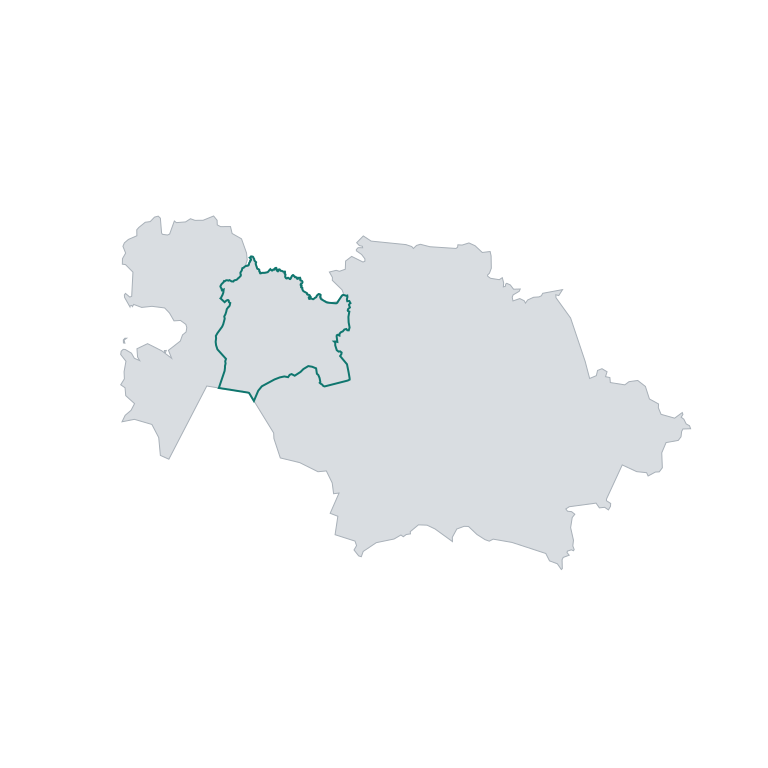 Aqtöbe highlighted on a map of Kazakhstan, rotated 26°
{"feature_id": "KAZ-3195", "entity_name": "Aqtöbe", "entity_type": "Region", "adm_level": 1, "iso_a3": "KAZ", "parent_name": "Kazakhstan", "parent_adm1": "", "projection": "albers", "projection_center": [57.897, 48.229], "detail": "fine", "context": "in_parent", "style": "outline", "palette": "teal", "viewbox_px": 768, "rotation_deg": 26, "n_neighbors": 0, "source": "natural_earth", "source_scale": "10m", "svg_char_len": 8810}
<svg xmlns="http://www.w3.org/2000/svg" viewBox="0 0 768 768"><g transform="rotate(26 384 384)"><path d="M473.5,507.1L470.0,509.5L468.3,512.8L465.4,512.3L461.0,518.9L446.6,530.0L438.7,543.6L439.3,549.2L436.6,549.6L429.8,546.3L430.2,541.3L426.8,537.9L406.1,540.9L400.5,523.1L392.3,523.8L391.4,501.7L386.8,504.7L380.8,495.6L370.3,487.4L363.1,491.8L342.8,491.6L323.2,495.9L309.0,481.3L306.3,476.4L266.6,451.2L225.6,463.5L223.6,545.9L214.3,546.2L205.0,530.9L193.1,522.1L175.1,525.2L165.1,532.8L165.1,525.6L168.2,518.5L168.4,511.0L157.0,507.7L152.9,500.9L147.7,500.1L148.4,493.2L145.0,486.9L142.1,476.7L134.4,472.9L133.4,469.8L134.4,467.2L136.3,466.4L143.5,467.0L148.3,470.3L154.2,470.1L150.7,467.8L146.5,460.6L153.8,451.4L169.8,451.6L181.9,454.0L175.5,448.2L182.1,434.7L181.4,428.2L183.3,424.0L182.0,419.7L179.8,417.3L173.2,416.1L167.6,419.3L160.0,414.2L153.5,411.8L141.4,415.9L132.6,421.4L124.1,422.2L124.0,424.7L122.9,424.0L121.6,425.0L121.9,426.1L112.9,419.9L111.6,417.8L111.9,415.9L117.4,417.3L118.8,415.8L109.3,393.5L99.3,390.0L96.3,391.0L94.0,386.0L94.4,379.6L89.0,374.7L88.8,371.0L90.9,366.1L96.9,359.1L94.2,353.8L95.0,350.8L98.5,343.3L102.7,340.5L104.6,334.6L107.5,332.1L110.3,333.0L117.9,345.8L119.2,346.6L124.1,345.0L125.6,343.2L124.1,329.4L126.6,330.0L134.6,325.3L137.6,320.3L142.3,319.8L149.6,316.2L157.2,307.7L162.2,310.0L164.4,314.1L168.1,314.2L177.0,309.8L181.5,315.3L192.3,316.0L203.0,326.5L206.7,332.5L207.3,337.0L208.4,338.1L209.9,335.4L208.7,328.9L210.1,327.5L220.0,335.6L224.6,337.6L229.9,334.8L231.3,331.9L236.3,328.1L238.1,329.0L243.7,327.2L249.7,331.2L252.7,330.4L255.4,326.7L262.7,327.3L270.3,335.5L278.4,337.0L279.5,339.9L283.6,337.8L286.9,331.6L292.2,335.3L299.6,334.7L305.8,330.7L308.2,322.3L307.7,320.2L304.9,317.7L292.1,313.5L290.9,310.8L285.8,307.3L291.2,302.8L294.6,302.2L298.9,297.8L295.6,290.3L299.0,283.5L311.6,283.6L313.0,282.1L312.0,279.9L307.1,277.4L300.8,276.4L300.2,275.3L301.0,272.8L305.1,270.9L304.2,269.7L301.2,270.4L297.5,269.0L300.5,260.0L309.8,261.2L342.6,249.1L348.7,248.3L351.0,249.3L352.5,245.2L355.4,242.5L365.1,240.5L389.3,230.6L390.2,228.8L389.4,226.5L393.3,224.9L398.5,220.0L405.2,219.8L414.7,222.7L421.3,218.4L424.1,221.9L429.7,232.9L430.2,238.2L429.3,240.7L430.0,241.7L433.4,242.3L441.9,239.7L443.7,236.6L447.2,240.6L448.7,244.4L450.3,242.9L449.6,240.8L450.2,239.7L454.1,239.6L458.9,242.0L464.8,238.9L464.9,241.4L461.0,247.3L461.2,249.8L463.5,252.8L468.6,247.7L473.5,247.7L475.7,249.3L476.3,245.5L480.4,240.5L485.1,237.8L486.8,235.7L486.9,232.9L503.1,220.9L502.3,227.9L499.3,228.5L500.8,231.1L522.8,242.9L554.8,275.4L566.4,288.9L571.2,283.4L570.0,278.2L573.2,274.7L579.1,275.2L579.9,280.3L584.2,279.2L586.8,283.5L600.8,279.2L603.2,274.5L610.5,269.6L620.0,271.6L629.1,281.1L639.5,281.6L641.0,285.1L646.3,289.8L660.2,287.3L664.6,278.9L666.0,280.3L665.7,283.6L668.9,284.2L673.1,287.4L676.9,287.6L679.2,289.8L672.4,293.4L672.3,296.1L674.1,301.3L673.2,305.7L663.2,313.0L663.8,324.1L670.9,337.3L669.9,342.3L666.5,344.2L661.7,350.9L658.9,348.6L649.5,352.0L633.6,352.3L634.4,389.8L635.1,391.4L640.1,392.0L641.2,394.7L640.9,398.8L636.4,398.1L631.9,400.9L626.8,398.1L604.3,413.1L602.2,416.6L604.7,417.9L608.6,416.5L612.6,417.4L611.7,421.5L614.7,431.3L622.8,441.4L624.7,446.8L627.5,449.4L627.4,450.8L625.1,450.9L622.1,453.8L622.4,455.3L625.5,456.7L621.1,461.3L621.1,463.9L625.2,471.8L624.7,473.0L618.6,469.6L610.3,470.4L603.7,465.4L568.4,470.3L550.1,475.6L547.5,479.1L543.0,479.6L533.5,478.5L522.4,475.0L518.4,476.8L513.0,482.4L512.6,491.8L514.6,495.6L493.3,491.9L484.6,492.0L476.7,495.5L472.3,505.2L473.5,507.1ZM133.2,460.9L131.8,461.3L130.4,458.7L131.1,456.4L132.6,455.7L131.1,458.5L133.2,460.9ZM173.8,451.7L172.5,451.3L171.9,450.2L173.6,449.3L173.8,451.7Z" fill="#d9dde1" stroke="#a8b0b8" stroke-width="1"/><path d="M274.5,456.3L273.1,455.4L271.1,454.1L269.6,453.1L268.6,452.4L268.2,452.2L267.0,451.4L266.6,451.2L266.2,451.2L264.9,451.5L264.0,451.8L263.0,452.1L262.1,452.4L261.1,452.7L260.2,452.9L259.3,453.2L258.4,453.5L257.5,453.8L255.5,454.4L253.5,455.0L251.5,455.6L249.6,456.2L248.1,456.6L246.6,457.1L245.1,457.6L243.6,458.0L242.1,458.5L240.6,459.0L239.1,459.4L237.6,459.9L237.3,460.0L237.3,459.9L235.0,442.1L234.0,439.2L233.2,437.6L232.9,436.2L232.6,435.0L231.3,433.1L231.0,430.7L219.1,425.9L216.1,422.8L214.2,419.9L213.0,416.4L211.8,414.5L212.0,411.3L213.4,403.4L213.3,400.8L212.2,395.1L210.8,393.3L210.9,390.9L210.5,388.1L209.9,385.7L210.4,382.9L210.8,382.4L210.9,381.2L210.3,378.6L209.0,378.5L208.3,377.9L207.9,377.1L207.0,376.9L206.4,377.3L205.7,378.3L204.9,380.3L199.5,378.7L199.8,378.0L199.7,376.8L199.8,374.7L199.5,372.2L198.5,369.4L197.4,370.9L196.8,370.5L196.8,369.8L195.1,368.9L194.1,367.9L194.2,365.5L195.1,363.0L195.1,361.6L195.8,361.5L196.5,360.2L197.3,359.6L199.0,359.2L199.5,358.4L200.3,358.4L202.0,358.6L203.7,357.9L203.8,356.9L204.4,356.1L205.4,355.4L206.2,354.3L206.5,353.0L207.2,351.7L207.4,350.8L207.8,349.5L207.5,348.6L206.8,348.1L206.1,346.7L206.4,344.3L205.9,342.0L206.9,341.0L207.2,339.9L208.3,338.2L208.9,338.0L209.8,337.3L210.2,336.7L210.2,336.0L209.8,334.3L209.8,333.8L210.0,333.0L210.0,332.5L209.9,332.4L209.7,332.1L209.7,331.8L210.0,331.4L210.1,331.2L209.9,330.3L209.2,329.8L208.4,329.5L208.0,329.3L208.2,329.1L208.5,328.9L208.7,328.7L208.4,327.9L208.6,327.6L208.8,327.5L210.1,327.1L210.4,327.1L210.7,327.2L211.0,327.4L211.6,328.0L212.5,328.5L212.7,328.8L213.1,329.4L213.6,329.9L215.7,330.6L215.9,331.1L215.9,332.0L216.2,332.5L219.2,335.6L219.6,335.9L219.8,336.0L220.1,335.9L220.8,335.8L221.2,335.8L221.5,335.9L221.9,336.1L222.1,336.5L222.2,336.9L222.3,337.2L222.9,337.5L223.2,337.7L223.6,338.4L224.2,338.8L224.7,338.6L225.7,337.6L228.2,336.3L230.3,334.6L230.6,334.1L231.2,331.4L231.4,330.9L231.5,330.6L232.9,331.1L233.3,331.2L233.7,331.1L234.0,330.8L234.1,330.5L234.3,329.7L234.5,329.4L235.2,329.4L235.4,329.1L235.4,328.7L235.3,328.1L235.3,327.8L235.4,327.5L235.7,327.2L236.1,326.9L236.5,327.0L237.8,328.9L238.0,329.0L239.1,329.3L239.3,329.2L239.3,328.6L239.0,327.9L239.0,327.5L239.2,327.2L239.5,327.0L239.8,326.8L240.1,326.8L240.3,326.9L240.9,327.3L241.2,327.5L241.6,327.5L242.0,327.3L242.3,327.2L242.7,327.1L243.9,327.2L244.5,327.1L245.5,326.5L245.7,326.4L245.9,326.6L246.1,327.0L246.2,327.9L246.3,328.3L246.5,328.4L246.8,328.5L247.1,328.5L247.4,328.7L247.6,329.1L247.7,329.5L247.9,330.3L248.0,330.6L248.2,331.0L248.5,331.3L249.4,331.8L249.7,331.9L250.1,331.9L250.4,331.7L250.7,331.4L250.8,331.0L251.0,330.7L251.4,330.5L251.9,330.6L253.2,331.0L253.7,330.8L253.9,330.1L253.9,329.4L253.8,327.9L253.9,327.0L254.2,326.5L254.4,326.0L254.8,325.9L255.4,326.3L255.6,326.4L256.4,326.4L256.6,326.5L256.9,326.9L257.1,327.0L257.5,326.7L258.7,326.5L258.8,326.5L258.9,326.8L258.9,327.0L259.3,327.2L259.6,327.4L260.0,327.5L260.4,327.2L260.5,326.8L260.6,326.3L260.8,325.9L261.1,325.8L261.4,325.7L262.0,325.3L262.2,325.5L262.7,326.0L262.8,326.2L262.9,326.6L262.9,326.9L263.0,327.1L263.3,327.3L265.0,327.3L265.6,327.6L266.1,328.1L266.2,329.1L266.1,329.5L266.0,329.8L265.8,330.1L265.5,330.4L265.4,330.7L265.5,331.1L265.6,331.5L265.8,331.7L266.1,331.8L266.8,331.7L266.9,332.0L266.8,332.8L266.9,333.1L267.1,333.4L267.5,333.4L267.9,333.3L268.3,333.3L268.6,333.5L268.8,334.3L269.0,334.5L269.2,334.8L270.3,335.6L270.9,335.9L274.8,336.1L275.1,336.2L275.3,336.5L275.5,336.9L275.6,337.1L275.9,337.2L276.1,337.2L277.5,336.8L278.2,336.8L278.8,337.2L279.1,337.5L279.8,337.8L280.0,337.9L280.0,338.5L279.6,338.7L278.8,338.6L278.4,338.9L278.4,339.2L278.7,339.6L279.5,340.3L279.9,340.1L280.4,339.6L280.9,339.1L281.6,339.0L282.4,339.0L283.1,338.9L283.6,338.2L284.2,336.8L284.4,336.5L284.8,336.0L285.0,335.7L285.0,335.3L284.9,334.5L284.9,334.1L285.0,333.7L285.6,332.2L285.8,331.8L286.4,331.6L287.3,331.5L288.0,331.7L288.3,332.6L288.3,333.4L288.7,334.0L289.2,334.5L289.7,334.9L290.5,335.3L296.5,335.8L297.9,335.5L301.8,334.0L305.6,332.5L306.1,332.0L306.4,331.3L306.5,330.4L306.7,328.3L306.8,327.7L307.3,323.9L307.5,322.9L307.9,322.2L308.5,321.8L309.3,321.6L309.0,321.5L309.4,321.5L311.4,321.3L312.2,320.6L313.0,321.8L313.2,323.0L313.6,324.3L314.7,325.7L316.4,324.6L318.4,326.0L318.0,326.7L317.8,328.2L319.8,330.2L318.9,332.4L319.1,333.7L319.7,334.2L321.1,334.1L322.6,339.3L325.2,344.1L328.3,348.3L328.8,351.2L327.5,351.8L326.0,351.1L324.5,352.4L323.9,354.8L322.6,356.3L322.0,358.3L322.7,360.0L320.8,360.1L320.2,360.9L320.5,361.9L323.6,366.6L322.1,366.9L320.6,367.7L322.0,368.1L323.2,370.6L326.7,374.3L329.0,374.8L330.2,373.9L332.1,374.3L332.6,375.9L332.3,378.1L342.1,382.5L347.2,389.2L350.5,393.8L351.2,395.1L349.9,396.8L331.7,412.2L330.4,412.4L328.6,411.6L327.1,411.5L325.7,411.1L325.9,410.1L323.4,406.8L321.0,404.7L319.2,404.2L316.1,399.7L311.8,400.0L308.1,401.1L305.0,405.9L303.7,409.7L300.1,415.7L296.6,415.6L295.2,417.1L294.8,419.9L291.1,420.9L287.4,423.8L283.6,427.9L275.2,439.6L273.9,445.2L274.5,456.3Z" fill="none" stroke="#0f766e" stroke-width="2"/></g></svg>